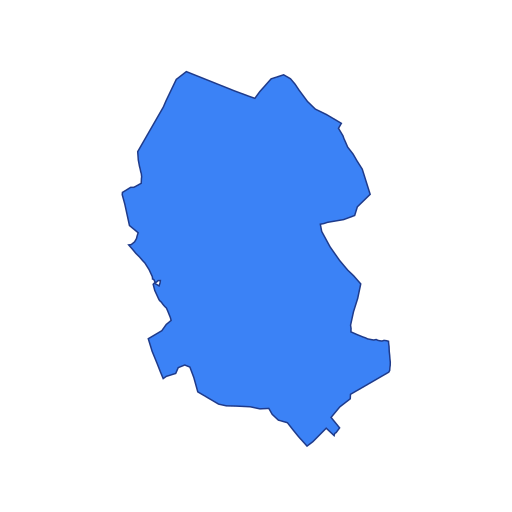 the district of Miga, Jigawa, Nigeria, rotated 73°
{"feature_id": "59680162B14319741144045", "entity_name": "Miga", "entity_type": "district", "adm_level": 2, "iso_a3": "NGA", "parent_name": "Nigeria", "parent_adm1": "Jigawa", "projection": "albers", "projection_center": [9.714, 12.229], "detail": "fine", "context": "isolated", "style": "filled", "palette": "blue", "viewbox_px": 512, "rotation_deg": 73, "n_neighbors": 0, "source": "geoboundaries", "source_scale": "gbopen_adm2", "svg_char_len": 2165}
<svg xmlns="http://www.w3.org/2000/svg" viewBox="0 0 512 512"><g transform="rotate(73 256 256)"><path d="M346.1,380.6L344.9,377.0L344.8,367.1L340.0,363.0L339.4,356.0L342.9,351.7L354.0,351.0L368.9,351.4L386.7,335.1L390.6,328.2L393.8,318.6L398.5,305.6L403.3,297.0L405.5,288.3L412.2,286.8L419.5,282.6L424.6,274.7L433.4,271.3L440.8,268.3L443.7,267.0L445.5,266.1L452.7,262.8L450.2,255.9L441.2,239.2L450.6,233.8L449.2,233.0L448.5,232.1L448.3,231.0L444.8,226.3L432.3,231.4L424.8,220.0L420.1,207.6L415.9,206.1L405.9,163.0L404.5,161.6L402.1,160.7L399.7,159.6L396.7,158.6L393.5,158.0L390.0,157.2L386.3,156.5L381.3,155.2L379.4,154.9L377.4,154.5L376.3,154.2L375.2,155.9L374.1,158.3L374.2,159.7L374.0,160.8L373.2,162.5L372.3,164.1L371.0,165.5L370.8,167.9L369.8,169.9L368.9,171.6L367.9,173.5L366.4,175.1L364.4,177.8L362.5,180.1L360.8,182.2L356.3,187.4L353.1,186.3L349.8,185.8L337.7,179.0L326.2,171.1L313.3,164.0L303.5,168.4L296.4,172.4L284.6,177.4L268.9,182.5L251.7,186.0L244.4,185.2L244.8,181.6L244.7,177.8L246.8,161.6L246.1,149.8L238.6,144.7L230.4,128.8L204.0,129.0L194.6,131.6L186.8,133.4L178.7,136.5L173.2,137.1L169.4,137.6L166.5,137.7L158.0,139.8L154.1,135.6L141.6,147.0L132.9,156.3L123.3,161.6L109.8,166.4L103.1,168.4L96.6,171.2L90.8,176.6L91.0,189.7L99.9,204.3L104.9,211.0L101.0,216.3L91.5,228.7L59.3,268.7L63.8,280.6L81.2,296.6L86.4,301.0L121.6,338.6L129.8,340.5L131.7,340.7L136.1,341.2L138.7,341.3L141.7,341.6L143.7,341.6L146.9,342.2L148.4,342.9L152.9,344.5L154.6,352.7L153.7,355.8L156.0,364.5L156.1,365.1L158.2,366.0L168.1,366.3L189.9,368.1L199.3,361.9L202.2,363.9L204.4,365.2L207.0,368.0L208.6,372.0L208.2,374.5L213.1,372.3L218.4,370.1L222.8,367.7L227.2,365.8L230.2,364.3L237.9,362.2L245.4,361.2L247.3,361.5L247.7,361.7L248.2,361.1L248.9,360.5L250.0,360.4L251.7,360.1L251.9,358.8L250.9,356.8L251.5,354.6L253.7,355.6L256.3,357.5L253.8,359.6L253.3,360.2L252.2,361.2L253.0,362.6L259.3,362.9L269.0,361.6L270.6,361.2L271.5,360.5L273.1,359.8L274.6,359.3L276.3,358.6L278.0,357.8L279.5,356.9L282.8,356.5L289.8,355.9L292.8,356.0L295.2,361.8L299.9,367.9L303.6,383.2L316.8,383.2L329.7,382.0L338.8,381.3L346.1,380.6Z" fill="#3b82f6" stroke="#1e3a8a" stroke-width="1.5"/></g></svg>